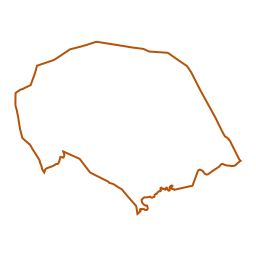 outline of Juchitán, Guerrero, Mexico
{"feature_id": "50627088B83816556516", "entity_name": "Juchitán", "entity_type": "district", "adm_level": 2, "iso_a3": "MEX", "parent_name": "Mexico", "parent_adm1": "Guerrero", "projection": "robinson", "projection_center": [-98.669, 16.586], "detail": "fine", "context": "isolated", "style": "outline", "palette": "amber", "viewbox_px": 256, "rotation_deg": 0, "n_neighbors": 0, "source": "geoboundaries", "source_scale": "gbopen_adm2", "svg_char_len": 4229}
<svg xmlns="http://www.w3.org/2000/svg" viewBox="0 0 256 256"><path d="M131.6,47.4L125.6,46.4L123.0,45.9L120.5,45.6L119.1,45.3L117.8,45.1L116.3,44.9L113.3,44.4L112.6,44.3L110.0,43.9L108.8,43.7L107.7,43.5L106.5,43.3L105.7,43.2L103.7,42.9L102.5,42.7L101.3,42.5L96.2,41.8L86.2,45.0L81.2,46.5L70.1,49.3L56.0,58.7L54.5,59.6L54.3,59.7L52.4,60.5L48.3,61.9L43.6,63.5L41.7,64.1L38.0,65.4L37.0,65.7L36.2,68.9L34.8,73.7L30.6,85.2L30.1,85.4L27.9,86.4L23.8,88.4L23.0,88.9L21.2,89.4L19.9,90.0L15.6,93.0L15.5,96.3L15.4,103.2L15.5,105.6L16.7,110.0L18.4,118.3L18.6,120.6L20.1,129.2L22.4,138.0L25.0,140.4L26.9,142.1L28.0,142.9L29.2,144.1L29.5,144.1L30.0,144.7L30.8,146.0L32.5,149.1L34.0,151.4L35.9,154.3L38.4,158.4L39.4,160.0L39.8,161.0L39.7,161.2L40.2,163.0L41.2,165.3L41.4,165.5L42.0,168.8L43.8,172.0L44.0,172.2L44.2,172.5L44.6,171.5L45.1,169.9L45.5,169.2L46.0,168.7L46.8,168.3L48.1,167.8L49.8,167.1L51.0,166.7L52.3,166.3L54.6,165.0L56.3,164.0L56.7,163.9L57.7,164.0L58.0,163.8L58.3,163.3L58.7,162.7L58.9,162.3L59.3,161.3L59.5,160.3L59.8,159.4L60.1,158.2L60.2,157.3L60.3,157.0L60.6,156.8L60.8,156.8L61.0,156.9L61.3,157.0L62.0,157.2L62.4,157.4L63.0,157.7L63.3,157.7L63.6,157.4L63.9,156.6L64.4,155.4L64.4,155.1L64.3,154.7L63.9,153.5L63.5,152.3L63.3,151.9L63.2,151.5L63.5,151.6L79.6,158.8L90.1,172.5L97.6,176.3L108.1,181.6L109.1,182.7L113.4,184.1L119.5,188.0L121.9,189.4L127.8,196.5L136.2,206.0L137.5,214.0L137.9,213.7L138.2,213.4L138.5,213.0L139.0,212.5L139.7,211.8L140.2,211.5L140.3,211.3L140.5,211.1L140.5,210.8L140.5,210.7L140.2,210.5L140.0,210.2L139.9,209.9L139.9,209.7L140.0,209.4L140.3,209.2L140.6,209.0L140.8,209.0L141.1,208.9L141.3,208.9L141.7,209.0L141.9,209.1L142.2,209.2L142.5,209.3L142.8,209.3L143.2,209.1L143.6,209.0L143.8,209.0L144.0,209.1L144.3,209.3L144.7,209.6L145.0,209.9L145.3,210.0L145.5,210.0L146.5,210.0L146.8,209.8L147.3,209.4L147.6,209.0L147.7,208.6L147.7,208.1L147.5,207.4L147.3,206.4L147.2,205.9L147.1,205.7L146.8,205.5L146.6,205.5L146.0,205.7L145.5,205.6L143.9,204.6L143.2,204.0L142.4,202.9L142.0,202.2L142.0,201.4L141.7,200.8L141.6,200.2L141.6,199.8L141.7,199.5L142.1,199.2L142.7,198.7L143.1,198.4L143.4,198.0L143.7,197.8L143.9,197.6L144.1,197.5L144.3,197.4L144.6,197.3L145.3,197.4L146.7,197.3L148.5,197.2L149.1,197.0L149.4,196.8L149.6,196.7L150.0,196.6L150.4,196.9L151.1,197.4L151.4,197.6L151.7,197.7L152.0,197.7L152.6,197.4L153.1,197.1L153.5,197.0L153.9,196.9L154.2,196.9L154.4,196.6L154.5,196.3L154.6,195.7L154.6,195.0L154.7,194.8L154.8,194.7L155.1,194.4L155.4,194.2L155.6,194.1L155.8,194.0L155.9,193.9L156.3,194.0L156.6,193.9L156.8,193.7L157.0,193.3L157.3,192.8L157.7,192.3L158.1,192.0L158.5,191.7L158.8,191.3L159.1,191.2L159.3,191.1L160.1,191.3L160.3,191.2L160.8,190.6L160.9,190.0L160.9,189.8L160.8,189.7L160.5,189.3L160.5,188.7L160.5,188.1L160.9,187.8L161.1,187.7L161.4,187.6L161.6,187.8L162.0,188.2L162.4,188.5L162.7,188.8L162.9,189.0L163.2,189.0L163.6,188.9L163.9,188.7L164.1,188.7L164.3,188.8L164.3,189.1L164.5,189.4L164.8,189.6L165.1,189.6L165.4,189.6L165.7,189.3L166.0,188.9L166.0,188.5L166.2,187.8L166.4,187.7L166.5,187.6L166.9,187.7L167.0,187.9L167.1,188.4L167.1,188.8L167.2,189.1L167.4,189.5L167.9,189.9L168.3,190.3L168.6,190.6L168.9,190.7L169.2,190.6L169.5,190.5L169.6,190.4L169.7,189.8L169.8,189.0L169.5,187.6L169.6,187.3L170.1,186.6L170.6,186.0L171.1,185.7L171.6,185.6L172.1,185.6L172.4,185.7L172.4,185.8L172.5,186.0L172.4,186.2L172.3,186.4L171.9,186.6L171.7,186.9L171.5,187.3L171.5,187.9L171.6,188.5L171.9,188.8L172.2,189.0L172.6,189.1L173.5,189.1L173.8,189.2L174.0,189.3L174.3,189.6L174.4,189.8L174.6,189.7L192.5,185.7L194.3,180.8L198.1,170.5L199.7,169.6L201.9,170.4L203.2,171.5L204.3,173.3L205.3,174.0L206.6,174.6L207.9,174.3L210.4,172.6L212.1,171.3L213.7,170.3L215.5,169.0L216.6,168.4L219.4,166.4L221.0,164.4L222.5,163.9L225.3,165.1L227.6,165.6L229.3,165.6L230.0,165.7L231.1,166.1L232.0,166.0L233.6,165.9L234.6,165.7L235.3,165.2L236.1,164.6L237.0,163.7L237.5,163.2L239.1,162.0L240.0,161.2L240.6,160.8L239.8,160.1L239.5,159.9L231.3,143.6L230.2,141.2L228.5,139.0L227.2,137.8L224.9,136.3L223.5,133.9L223.0,132.9L221.7,130.5L215.5,117.8L208.0,104.2L200.3,90.2L191.2,72.3L187.0,66.1L177.4,59.5L167.8,52.8L149.0,51.5L143.4,48.9L140.2,48.5L131.6,47.4Z" fill="none" stroke="#b45309" stroke-width="2"/></svg>